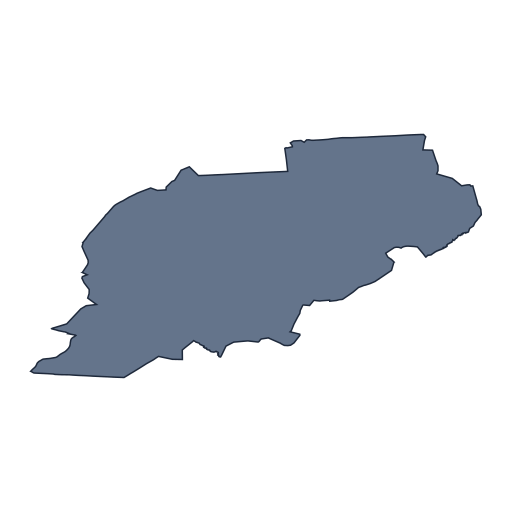 Strazdes pag., Talsi, Latvia
{"feature_id": "27541924B84613839028203", "entity_name": "Strazdes pag.", "entity_type": "district", "adm_level": 2, "iso_a3": "LVA", "parent_name": "Latvia", "parent_adm1": "Talsi", "projection": "equal_earth", "projection_center": [22.759, 57.138], "detail": "fine", "context": "isolated", "style": "filled", "palette": "slate", "viewbox_px": 512, "rotation_deg": 0, "n_neighbors": 0, "source": "geoboundaries", "source_scale": "gbopen_adm2", "svg_char_len": 5917}
<svg xmlns="http://www.w3.org/2000/svg" viewBox="0 0 512 512"><path d="M257.8,342.0L258.2,342.0L258.5,341.9L259.1,341.4L259.7,340.7L259.9,340.4L260.0,340.2L261.2,339.0L268.3,337.9L268.6,337.9L268.7,338.1L280.3,343.2L280.5,343.2L280.6,343.4L280.9,343.6L281.6,344.0L282.7,344.6L284.3,345.4L287.8,345.6L290.6,345.2L294.0,342.9L299.9,335.3L299.8,334.2L290.1,331.8L291.2,330.8L291.3,330.7L293.8,324.5L294.2,323.6L295.3,321.6L296.8,318.7L298.2,316.1L299.8,313.4L300.3,310.4L302.6,305.6L302.9,305.2L303.2,305.0L303.8,305.0L304.9,305.1L309.6,305.5L313.9,300.3L316.6,300.7L319.9,301.0L321.2,300.8L329.0,300.2L329.6,300.1L329.7,301.2L336.4,300.5L339.3,299.7L341.7,299.5L342.6,299.3L352.8,292.3L354.5,290.9L355.1,290.4L358.6,287.4L361.2,286.5L362.9,285.8L363.9,285.4L365.0,285.2L366.4,284.8L368.2,284.2L370.1,283.6L375.0,281.5L376.2,280.7L380.1,278.1L391.5,270.4L393.9,262.2L394.1,262.1L391.2,259.2L391.0,259.3L387.8,257.0L385.7,253.2L387.7,251.9L394.3,247.6L396.3,247.2L398.7,247.3L399.7,247.6L401.1,248.1L401.7,247.6L403.6,246.7L406.0,246.2L408.0,246.1L413.9,246.5L417.3,246.9L417.5,247.0L423.3,253.9L425.5,256.8L425.6,256.7L426.0,257.0L426.8,256.2L428.2,255.3L428.2,255.2L429.0,255.3L429.3,255.1L429.8,255.0L430.7,255.0L431.7,254.5L431.9,254.2L434.1,252.7L434.4,252.6L434.5,252.5L434.5,252.3L434.8,252.2L435.4,251.8L435.7,251.8L436.4,251.1L436.7,251.1L436.8,251.0L437.2,251.0L438.3,250.5L438.3,250.3L439.1,250.1L439.4,250.1L439.9,249.9L439.6,249.8L440.2,249.5L441.0,249.4L441.4,249.3L441.5,249.2L442.2,248.9L442.4,248.7L442.7,248.7L442.7,248.4L443.3,248.3L443.2,248.2L443.3,247.5L443.7,247.4L444.3,247.5L444.7,247.3L444.9,247.4L445.3,247.4L445.5,247.0L445.9,247.0L446.0,246.8L446.5,246.7L447.0,246.3L447.1,246.0L446.6,245.8L447.0,245.3L446.9,244.9L447.3,244.4L447.7,244.3L448.1,243.8L448.7,243.7L448.9,243.7L449.4,243.1L449.7,243.1L450.1,242.9L450.4,242.9L451.0,242.4L451.8,242.3L451.9,241.9L451.9,241.5L453.0,240.4L452.9,239.8L453.9,240.3L454.0,240.0L454.7,239.9L455.3,239.0L455.9,238.3L456.4,238.3L457.2,237.5L457.7,236.7L457.8,236.4L458.0,235.6L458.7,235.7L459.0,235.3L460.5,235.5L460.8,235.3L461.2,234.6L461.9,234.7L462.0,233.8L462.7,233.9L462.7,233.3L463.6,233.3L463.9,232.9L465.1,232.6L465.6,233.0L465.8,232.5L466.2,232.4L466.6,232.7L468.4,232.0L469.7,228.4L473.4,226.0L474.8,222.9L475.3,222.1L476.9,220.4L477.9,219.0L479.7,216.8L481.3,214.8L480.8,209.3L479.6,206.5L478.6,206.0L477.7,204.2L476.8,200.0L476.6,199.5L472.8,185.9L470.7,186.0L469.9,184.8L467.1,184.9L461.6,185.8L452.3,178.4L436.7,173.9L438.0,170.7L438.0,165.9L437.2,163.4L436.0,160.6L432.5,150.2L422.9,149.9L424.5,140.5L425.7,136.8L423.6,134.5L420.5,134.5L408.2,135.0L394.5,135.8L380.4,136.4L368.3,137.0L367.8,137.1L367.2,137.1L361.1,137.3L354.2,137.6L351.6,137.7L348.8,137.7L346.2,137.7L344.2,137.7L342.3,137.7L339.8,137.9L336.6,138.3L333.9,138.5L331.3,138.8L328.3,139.3L324.6,139.6L320.7,139.9L315.0,140.2L313.4,140.3L311.8,140.3L311.0,140.2L309.4,139.9L309.1,139.8L306.6,139.9L304.2,142.3L301.0,140.5L293.5,141.0L290.3,142.9L292.3,145.7L292.4,146.8L286.9,148.0L286.1,147.7L284.8,148.4L286.4,159.7L287.7,171.4L273.6,172.0L259.8,172.6L242.8,173.5L222.0,174.6L221.1,174.6L214.6,174.9L208.7,175.2L206.6,175.3L198.4,175.6L189.3,166.8L181.1,170.2L174.6,180.4L171.9,181.5L166.2,187.1L166.0,189.9L161.0,190.2L157.4,190.4L152.6,188.7L150.7,188.0L141.5,191.5L136.9,193.3L135.1,194.3L129.0,197.2L123.0,200.8L120.2,202.1L116.3,204.3L114.7,205.4L113.5,206.5L107.4,213.5L105.6,215.1L104.6,216.7L103.9,217.5L92.9,230.3L90.0,233.1L86.3,238.2L86.5,238.2L86.4,238.5L85.1,239.8L83.5,241.8L82.9,242.4L83.2,242.5L82.0,246.6L82.5,247.7L83.8,250.8L88.1,260.2L88.2,262.8L87.4,265.0L87.0,265.5L85.1,268.4L82.5,272.2L82.9,272.5L82.5,272.6L87.2,274.8L82.4,276.6L81.9,278.2L82.0,278.3L84.1,282.8L89.2,289.5L89.1,293.6L87.7,298.1L96.5,304.5L86.2,305.7L80.8,308.9L66.7,323.9L52.2,328.3L51.6,328.7L51.7,328.8L53.9,329.4L56.0,329.9L58.6,330.7L64.0,331.8L65.1,331.9L69.0,333.5L68.4,333.8L75.4,335.1L75.9,335.4L74.0,336.9L73.6,337.0L72.8,337.6L72.1,338.1L71.5,338.7L71.2,339.2L70.8,340.1L70.5,341.7L70.3,342.8L70.2,344.2L70.0,345.1L69.7,346.2L69.1,347.3L68.4,348.4L67.8,349.0L66.5,350.4L65.1,351.6L64.3,352.1L62.4,353.1L61.0,353.9L60.6,354.1L60.3,354.3L57.2,356.7L56.4,357.2L55.4,357.5L54.8,357.6L50.2,358.4L48.4,358.6L46.8,358.7L45.3,358.9L44.0,359.0L43.3,359.1L42.4,359.4L41.5,360.0L40.8,360.4L39.7,361.0L39.1,361.3L38.3,362.0L37.8,362.5L37.4,362.9L37.1,363.4L36.9,363.8L36.3,365.2L35.8,366.1L35.4,366.7L34.5,367.6L32.5,369.4L31.4,370.5L30.9,371.1L30.7,371.3L31.0,371.4L32.7,372.4L33.9,373.0L35.6,373.1L48.4,373.7L53.3,374.0L54.8,374.4L61.6,374.7L69.4,374.8L71.8,375.0L78.3,375.4L85.8,375.7L92.4,376.1L102.9,376.6L107.7,376.8L113.6,377.1L124.0,377.5L127.7,375.3L130.9,373.3L132.5,372.4L133.0,372.1L139.2,368.3L142.5,366.2L146.6,363.6L153.4,359.8L156.0,358.0L158.5,356.4L172.4,359.3L182.4,359.5L182.3,350.0L185.1,347.6L192.4,341.8L193.6,340.6L195.4,341.6L195.8,342.0L196.2,342.3L197.0,342.3L197.8,342.7L198.8,343.0L199.2,343.2L199.6,343.8L200.2,344.6L200.4,344.7L201.2,344.8L202.3,345.5L203.6,345.9L204.1,346.1L204.2,346.3L203.9,346.8L203.6,346.9L203.6,347.2L203.9,347.4L204.2,347.5L204.5,347.8L204.8,348.0L205.0,348.1L205.5,348.2L206.0,348.0L206.3,348.1L206.6,348.3L206.7,348.6L206.7,348.9L206.6,349.1L206.9,349.4L207.5,349.6L207.8,349.8L208.3,350.0L208.6,349.9L209.1,349.9L209.6,350.2L209.9,350.4L209.9,350.7L210.0,350.9L210.1,351.1L210.6,351.5L211.7,351.8L212.9,352.0L213.9,352.1L214.8,351.9L215.6,351.6L215.9,351.3L216.4,351.4L216.7,351.8L216.8,351.9L217.0,352.0L217.7,352.0L217.9,352.2L218.3,352.6L218.3,353.0L218.0,353.5L217.8,353.6L217.7,353.8L217.9,354.0L218.1,354.1L217.9,354.3L217.9,354.6L218.2,354.6L218.2,354.8L218.0,355.1L218.5,355.2L218.7,355.4L218.7,356.0L218.8,356.3L219.0,356.6L220.1,357.0L220.6,357.0L221.7,355.0L224.3,349.6L226.0,346.1L232.8,342.6L233.3,342.3L234.0,342.1L245.2,341.1L247.9,340.9L257.8,342.0Z" fill="#64748b" stroke="#1e293b" stroke-width="1.5"/></svg>